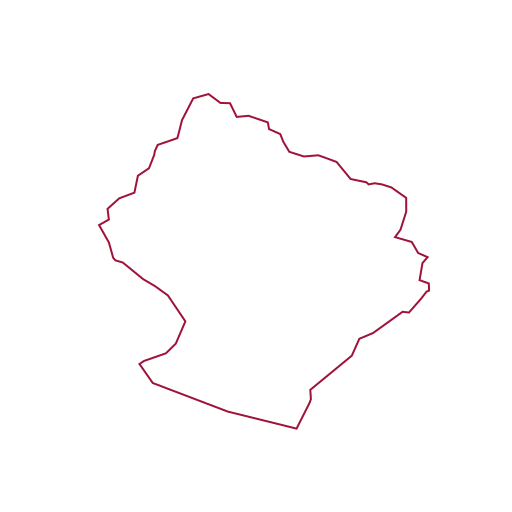 the district of Salt Lake, Utah, United States of America, rotated 236°
{"feature_id": "52423323B26965085925840", "entity_name": "Salt Lake", "entity_type": "district", "adm_level": 2, "iso_a3": "USA", "parent_name": "United States of America", "parent_adm1": "Utah", "projection": "orthographic", "projection_center": [-111.882, 40.668], "detail": "fine", "context": "isolated", "style": "outline", "palette": "rose", "viewbox_px": 512, "rotation_deg": 236, "n_neighbors": 0, "source": "geoboundaries", "source_scale": "gbopen_adm2", "svg_char_len": 1051}
<svg xmlns="http://www.w3.org/2000/svg" viewBox="0 0 512 512"><g transform="rotate(236 256 256)"><path d="M380.3,174.9L378.1,159.3L368.5,154.4L369.4,143.2L349.4,141.6L334.4,136.6L331.0,137.0L325.1,141.9L299.9,149.5L287.8,155.3L272.6,160.9L251.4,160.9L241.3,160.9L228.2,140.5L225.7,126.9L231.6,104.6L231.6,99.0L208.4,99.4L142.8,145.6L90.2,193.1L104.2,218.1L106.6,221.4L107.0,221.7L114.7,226.2L119.8,279.7L129.6,295.4L126.7,310.0L127.8,346.3L123.6,351.2L128.4,369.3L131.1,377.6L130.5,380.1L136.6,383.9L144.5,378.1L157.0,390.0L159.1,397.6L167.8,392.1L180.5,393.0L193.9,381.8L197.0,390.5L208.7,405.3L220.2,413.0L237.1,406.6L245.0,400.4L249.9,395.1L252.4,389.4L252.5,389.4L255.3,388.8L266.9,377.5L288.9,375.4L300.4,367.1L304.7,363.9L311.7,351.4L323.7,341.9L335.4,342.5L343.5,344.3L353.9,337.8L360.2,340.5L376.4,328.2L382.1,317.8L397.2,319.9L402.8,312.1L416.8,307.2L421.8,292.1L410.0,270.6L401.3,260.9L397.7,256.7L403.1,236.6L399.5,230.8L396.7,228.1L388.6,216.4L388.6,203.0L376.5,190.6L380.3,174.9Z" fill="none" stroke="#9f1239" stroke-width="2"/></g></svg>